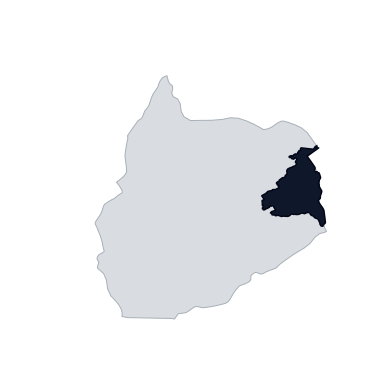 where Mashonaland Central sits in Zimbabwe, rotated 55°
{"feature_id": "ZWE-524", "entity_name": "Mashonaland Central", "entity_type": "Province", "adm_level": 1, "iso_a3": "ZWE", "parent_name": "Zimbabwe", "parent_adm1": "", "projection": "equal_earth", "projection_center": [30.9, -16.688], "detail": "fine", "context": "in_parent", "style": "filled", "palette": "ink", "viewbox_px": 384, "rotation_deg": 55, "n_neighbors": 0, "source": "natural_earth", "source_scale": "10m", "svg_char_len": 6856}
<svg xmlns="http://www.w3.org/2000/svg" viewBox="0 0 384 384"><g transform="rotate(55 192 192)"><path d="M253.8,320.8L251.3,318.7L247.8,317.3L243.4,316.7L237.7,316.9L230.6,318.1L223.0,316.7L214.9,312.6L208.2,311.2L200.2,313.0L199.8,313.0L198.4,311.6L196.2,308.7L192.5,308.2L191.5,307.5L190.7,306.4L190.2,305.0L190.0,303.4L190.5,298.6L190.2,298.0L189.2,297.5L187.2,296.9L182.4,294.7L176.3,292.5L166.4,290.2L162.6,289.6L161.7,288.9L160.6,287.1L158.6,281.5L156.8,277.8L152.5,272.1L151.9,270.4L152.0,265.8L152.3,262.2L152.8,259.1L152.5,256.2L152.4,252.6L152.6,250.1L152.0,249.1L150.4,248.4L146.0,248.0L140.7,248.2L140.5,244.5L140.0,238.8L138.9,235.5L137.7,233.8L135.2,232.1L130.3,229.6L123.5,225.9L117.7,220.5L111.0,213.6L108.9,212.5L106.4,206.1L102.6,195.1L102.8,191.4L102.2,189.6L98.5,184.2L97.7,181.4L97.0,178.6L91.2,170.7L89.2,167.2L87.6,162.8L86.1,159.2L84.8,157.8L83.2,155.4L82.0,152.6L81.4,150.6L81.8,147.8L82.4,145.9L87.9,147.9L90.9,148.1L93.2,147.1L96.1,148.4L99.6,152.0L103.4,152.7L107.5,150.4L113.0,151.1L120.0,154.7L125.8,155.4L132.6,152.2L138.6,143.4L144.3,135.1L149.9,125.6L153.3,117.8L158.3,111.6L164.9,106.7L171.6,102.6L181.9,97.6L183.9,93.4L184.6,88.9L184.5,82.6L185.1,78.5L186.1,76.7L187.8,75.2L190.1,73.3L196.8,68.6L202.5,65.5L209.5,63.5L217.0,63.5L224.4,63.4L228.5,63.4L228.6,69.5L228.9,76.3L229.7,77.0L235.2,77.1L244.0,77.6L252.6,78.1L258.0,83.0L259.8,84.1L265.4,85.4L272.6,93.6L281.3,94.4L287.3,97.0L292.5,99.8L295.5,103.2L297.5,103.9L300.1,104.2L301.4,104.5L301.1,106.9L299.3,111.1L299.5,117.0L301.9,125.2L302.2,132.3L301.4,144.8L301.4,157.0L301.6,161.3L302.0,164.2L302.5,165.8L302.4,167.5L301.0,172.6L299.8,178.0L299.7,180.1L299.3,181.6L298.4,183.0L294.7,185.4L294.0,187.0L294.0,189.7L294.5,192.0L295.9,192.9L297.6,194.2L298.2,196.0L298.2,197.8L297.7,201.2L296.1,206.8L297.6,213.2L299.3,217.4L301.6,222.2L302.6,225.2L302.5,227.4L302.1,229.4L298.6,238.3L296.1,243.7L293.0,249.6L288.9,253.3L287.9,255.0L287.5,257.1L287.6,261.4L287.4,266.0L283.9,273.1L286.0,279.2L285.6,279.7L284.4,280.6L279.4,287.4L274.4,294.3L270.7,299.3L266.5,305.1L261.8,311.5L257.8,317.0L253.8,320.8Z" fill="#d9dde1" stroke="#a8b0b8" stroke-width="1"/><path d="M225.7,63.3L226.6,63.8L227.4,63.7L228.5,63.2L228.6,66.3L228.6,69.9L228.7,74.5L228.7,77.2L231.9,77.2L234.0,77.1L238.6,77.1L241.7,77.1L243.0,77.4L244.1,78.5L244.6,79.1L245.0,79.5L245.5,79.6L246.1,79.3L246.5,78.9L247.0,78.1L247.4,77.8L247.7,77.9L247.9,78.1L248.1,78.1L248.3,77.6L249.1,77.0L250.3,77.2L253.2,78.1L253.8,78.3L254.2,78.7L254.6,79.4L255.2,80.7L255.5,81.2L256.1,81.6L256.4,81.9L256.5,82.3L256.6,82.6L256.8,82.9L257.1,82.8L257.4,82.9L257.3,83.1L257.3,83.3L257.9,83.5L258.5,83.5L259.1,83.6L259.5,84.0L260.6,84.7L265.4,85.1L266.1,85.5L266.9,86.4L268.6,88.8L269.2,89.4L270.4,90.2L270.7,90.6L271.0,91.3L271.1,92.8L271.3,93.3L271.8,93.6L274.8,94.2L280.4,94.1L282.7,94.5L285.6,96.0L290.1,98.4L293.5,100.2L293.8,100.6L294.0,101.1L294.0,102.0L294.3,103.5L295.0,104.3L295.1,104.5L294.3,105.4L293.8,105.7L293.3,105.8L291.7,105.6L291.4,105.5L290.9,105.1L290.7,105.0L286.8,104.4L286.1,104.5L285.4,104.9L284.0,105.9L283.3,106.3L282.9,106.3L281.7,106.3L281.4,106.3L281.2,106.5L280.7,106.9L280.1,107.3L279.5,107.6L278.8,107.8L278.2,107.9L277.9,107.8L277.5,107.5L277.2,107.5L276.8,107.6L276.3,107.8L275.5,108.4L275.2,108.9L275.0,109.4L274.8,110.0L274.4,111.9L274.3,112.2L274.0,112.6L273.1,113.2L272.7,113.6L272.3,114.2L272.0,114.9L271.9,115.6L271.7,116.8L271.6,117.2L270.9,118.6L270.5,119.2L270.1,119.7L269.5,120.2L269.3,120.3L269.2,120.6L268.9,121.2L268.8,121.4L268.5,121.8L267.7,122.4L267.4,122.7L267.2,123.2L267.1,123.9L267.2,124.6L267.3,125.3L267.3,126.3L267.0,127.2L266.6,128.0L264.1,131.1L263.7,132.0L263.6,132.4L263.1,133.0L260.5,134.8L260.4,135.0L260.0,135.7L259.8,136.4L259.6,136.8L259.4,137.1L259.2,137.0L259.0,136.9L258.9,136.9L258.6,137.2L257.1,139.0L256.7,139.4L256.4,139.5L255.4,139.0L255.1,139.2L254.5,139.6L254.2,139.7L254.0,139.4L253.9,139.0L253.8,138.6L253.8,138.2L253.8,137.8L254.8,134.5L254.8,134.3L254.8,134.1L254.6,134.0L250.1,133.5L249.7,133.7L249.3,134.2L248.9,135.5L248.3,136.3L248.2,136.6L248.4,137.0L248.6,137.2L248.8,137.2L248.9,137.5L248.9,137.8L248.3,141.0L248.2,142.7L248.0,143.3L247.8,143.5L247.6,143.7L247.4,143.7L246.9,143.7L246.6,143.8L246.3,143.9L246.0,143.9L245.9,143.8L245.7,143.7L245.3,143.2L244.5,141.5L244.0,141.2L243.8,141.4L243.6,141.6L243.5,141.8L243.3,142.0L243.1,142.0L242.9,141.9L242.5,141.5L241.2,140.6L239.6,139.8L239.4,139.6L239.2,139.3L239.2,139.0L239.3,138.7L239.5,137.9L239.6,137.3L239.6,137.1L239.4,137.1L235.4,137.1L235.1,136.9L235.1,135.9L235.5,132.8L235.5,132.2L235.4,131.6L235.0,129.5L235.1,129.2L235.6,128.2L236.6,125.5L236.7,125.3L236.7,125.2L236.4,124.8L236.3,124.7L236.4,124.3L236.5,124.1L237.0,123.5L237.4,122.9L237.7,122.3L237.8,122.1L237.9,121.8L238.2,118.6L238.2,118.3L238.2,118.1L238.1,117.9L237.9,117.8L237.6,117.7L237.4,117.6L237.2,117.6L236.9,117.8L236.7,118.0L236.3,117.9L236.3,117.6L236.2,117.3L236.1,117.2L235.9,117.2L235.8,117.3L235.4,117.6L235.0,117.9L234.9,118.0L234.8,117.9L234.6,117.9L234.4,117.7L234.2,117.7L233.5,117.8L233.3,117.8L233.1,117.7L232.9,117.4L232.8,116.7L232.8,115.7L232.9,115.4L233.0,115.4L233.2,115.1L233.2,114.9L233.1,114.7L232.6,114.1L232.4,113.8L232.3,113.5L232.2,110.1L232.2,109.9L232.2,109.7L232.3,109.5L232.4,109.3L232.8,108.5L233.0,108.2L233.0,107.9L233.0,107.7L232.9,107.3L232.7,106.8L232.6,106.6L232.4,106.4L232.1,106.2L231.9,106.0L231.9,105.8L232.0,105.6L232.1,105.4L232.0,105.1L231.6,103.9L231.5,103.7L231.2,103.5L230.3,102.8L230.2,102.8L229.8,102.7L229.7,102.6L229.4,102.4L228.8,102.0L228.7,101.9L228.6,101.7L228.4,101.2L228.1,100.6L228.1,100.4L228.1,100.0L228.3,98.4L228.5,97.5L228.6,97.3L228.7,97.0L228.9,96.6L229.0,95.4L229.1,94.4L229.2,94.0L229.6,93.1L229.7,92.9L229.7,92.6L229.6,92.1L229.4,91.3L229.3,90.8L229.1,90.3L228.9,90.2L228.7,90.1L227.0,90.2L226.9,90.2L226.7,90.0L226.2,89.3L226.1,89.0L225.8,88.0L225.7,87.7L225.4,87.4L225.0,87.4L224.8,87.4L223.8,87.5L223.5,87.7L223.4,87.8L223.3,88.1L223.2,88.3L223.3,88.6L223.4,89.3L223.4,89.6L223.4,89.8L223.3,90.0L223.2,90.1L223.1,90.3L222.9,90.4L222.2,90.6L222.0,90.8L221.8,91.1L221.7,91.3L221.4,91.3L220.8,91.1L220.6,91.1L220.2,91.3L220.0,91.6L219.9,91.8L219.8,92.2L219.7,92.3L219.4,92.4L219.0,92.3L218.8,92.2L218.7,92.1L218.6,91.9L218.7,91.5L219.1,90.0L219.3,89.7L219.5,89.5L219.8,89.2L220.0,88.8L220.0,88.5L220.1,88.0L219.9,86.7L219.9,86.2L220.0,85.8L220.4,85.1L220.5,84.9L221.3,84.3L221.4,84.1L221.4,83.9L221.4,83.5L221.3,83.3L221.2,83.2L220.9,83.2L220.7,83.2L220.4,82.9L220.2,82.6L220.2,82.4L220.2,82.2L220.2,81.9L219.9,81.5L219.8,81.4L219.8,81.2L219.7,81.0L219.6,80.6L219.7,80.3L219.8,79.3L219.7,79.0L219.6,78.8L219.0,78.4L218.9,78.4L218.7,78.1L218.6,77.9L218.5,77.6L218.5,77.4L218.5,77.2L226.1,68.6L226.3,68.1L226.4,67.5L226.2,66.7L226.1,66.3L225.7,65.8L225.6,65.2L225.6,63.7L225.7,63.3Z" fill="#0f172a" stroke="#020617" stroke-width="1.5"/></g></svg>